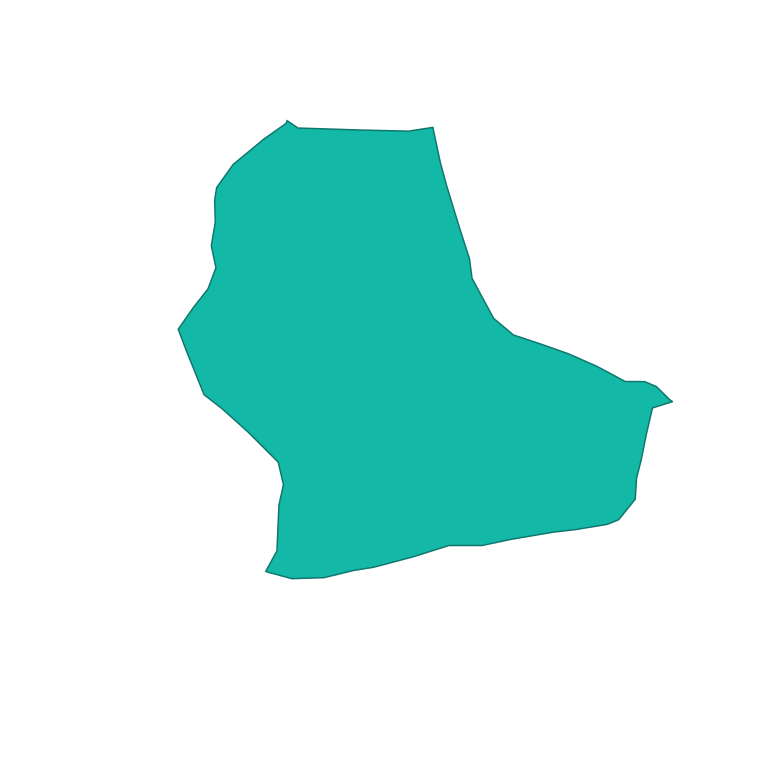 Solna, Stockholm, Sweden (orthographic projection), rotated 135°
{"feature_id": "70781695B78362616734409", "entity_name": "Solna", "entity_type": "district", "adm_level": 2, "iso_a3": "SWE", "parent_name": "Sweden", "parent_adm1": "Stockholm", "projection": "orthographic", "projection_center": [18.004, 59.371], "detail": "fine", "context": "isolated", "style": "filled", "palette": "teal", "viewbox_px": 768, "rotation_deg": 135, "n_neighbors": 0, "source": "geoboundaries", "source_scale": "gbopen_adm2", "svg_char_len": 903}
<svg xmlns="http://www.w3.org/2000/svg" viewBox="0 0 768 768"><g transform="rotate(135 384 384)"><path d="M600.0,335.2L598.7,332.1L586.8,311.5L563.4,289.5L537.1,273.5L521.0,261.8L485.9,241.4L452.3,223.9L428.9,200.5L404.1,184.4L369.1,159.6L351.4,145.5L325.2,126.8L314.0,122.1L309.1,122.6L287.8,124.9L271.9,138.9L256.0,148.3L233.6,163.2L211.1,177.2L192.7,167.7L192.5,167.8L193.1,170.6L193.2,189.4L198.0,201.4L211.7,215.2L220.7,245.1L232.0,274.4L245.2,302.0L257.8,327.1L260.1,352.8L247.0,396.5L235.0,412.1L220.0,441.4L199.6,479.7L187.6,500.7L168.0,530.9L187.8,545.4L219.9,579.0L263.8,625.8L266.3,638.7L269.0,637.5L296.1,642.2L335.4,645.9L363.5,641.2L373.8,633.7L388.8,617.8L408.4,603.8L420.6,585.1L441.2,575.7L464.6,572.9L490.8,568.2L500.1,547.6L518.8,503.6L516.0,481.1L514.1,445.6L514.1,403.5L526.3,383.9L544.0,372.6L577.7,341.7L600.0,335.2Z" fill="#14b8a6" stroke="#0f766e" stroke-width="1.5"/></g></svg>